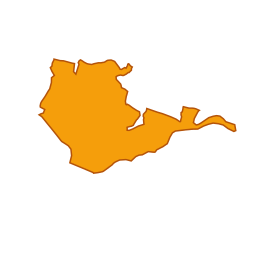 outline of Bany Abeed, Ad Daqahliyah, Egypt, rotated 27°
{"feature_id": "37247803B85878422276791", "entity_name": "Bany Abeed", "entity_type": "district", "adm_level": 2, "iso_a3": "EGY", "parent_name": "Egypt", "parent_adm1": "Ad Daqahliyah", "projection": "mercator", "projection_center": [31.692, 31.024], "detail": "fine", "context": "isolated", "style": "filled", "palette": "amber", "viewbox_px": 256, "rotation_deg": 27, "n_neighbors": 0, "source": "geoboundaries", "source_scale": "gbopen_adm2", "svg_char_len": 2776}
<svg xmlns="http://www.w3.org/2000/svg" viewBox="0 0 256 256"><g transform="rotate(27 128 128)"><path d="M225.2,81.4L221.6,76.6L212.3,78.0L208.8,76.5L204.5,75.7L201.3,76.8L198.5,78.9L195.3,82.1L191.0,90.0L189.2,92.8L187.4,94.3L183.8,93.5L183.5,92.1L183.2,91.0L182.8,89.5L182.9,82.3L183.2,80.5L183.5,79.9L179.7,80.1L177.9,80.5L176.1,81.2L173.3,82.6L167.6,83.9L167.6,84.3L168.3,86.1L169.0,89.0L168.3,90.1L169.3,92.2L170.7,93.7L171.1,95.5L171.4,97.0L171.8,98.0L171.5,98.8L170.7,98.8L166.8,98.3L161.1,98.6L152.2,99.6L146.9,100.6L144.7,100.9L136.6,102.0L135.9,102.1L136.3,103.4L136.6,104.9L136.2,106.3L135.5,108.8L136.2,110.6L137.6,111.7L138.0,113.5L140.5,117.4L139.4,118.6L136.5,121.4L132.6,126.8L130.1,129.6L128.3,130.4L126.9,127.8L128.3,126.4L130.5,124.6L131.2,123.5L131.5,123.2L131.5,122.5L131.5,121.7L131.9,116.7L132.3,116.0L133.0,111.3L130.9,108.4L129.8,108.4L127.7,108.4L122.7,107.9L118.8,107.2L116.4,107.2L115.9,108.0L114.9,107.5L114.6,106.8L113.5,105.3L112.1,100.6L111.8,98.8L111.4,97.0L111.1,95.6L110.6,95.5L107.6,94.8L103.9,95.0L102.6,93.3L101.5,92.2L95.5,90.0L94.1,87.8L94.8,86.4L95.9,85.3L97.3,84.2L99.5,83.6L100.2,83.2L102.0,80.7L103.0,78.5L103.7,78.2L104.8,75.0L104.1,73.5L104.1,71.7L103.1,71.7L101.3,71.3L100.2,70.6L99.2,70.6L98.8,71.3L99.2,72.4L99.1,75.6L97.7,75.6L96.7,77.0L95.6,78.8L94.2,79.2L92.7,78.1L86.0,74.8L84.9,74.8L82.1,75.1L79.3,76.8L78.6,77.6L78.2,78.3L77.1,80.1L76.7,80.4L75.7,81.1L74.3,82.2L72.1,83.3L68.6,86.1L66.8,87.9L63.9,88.9L62.2,89.3L59.3,89.3L56.1,88.9L54.7,88.9L54.0,90.3L54.0,92.4L55.4,93.5L57.1,103.7L53.9,102.5L53.6,101.5L51.1,94.9L48.7,95.6L40.1,97.4L36.9,98.8L30.8,100.2L31.1,100.9L31.1,104.5L32.1,107.4L31.4,109.5L34.6,112.1L38.5,114.6L37.4,117.1L37.0,117.9L39.1,122.2L40.5,128.7L40.2,130.9L39.8,137.7L39.0,143.5L39.0,145.6L39.7,148.2L40.4,149.2L45.4,149.3L45.8,153.1L45.6,153.3L43.9,155.0L42.8,156.6L44.3,156.8L45.0,156.9L45.7,156.9L48.9,158.3L53.1,160.2L60.6,163.5L69.4,167.5L73.6,169.5L75.1,170.1L79.3,170.5L82.9,170.9L86.8,172.8L90.3,178.2L91.8,184.6L92.0,185.4L103.7,184.5L117.2,183.5L117.8,183.9L121.5,181.4L124.0,179.4L125.2,178.4L125.4,178.1L126.2,176.8L130.6,168.0L131.1,166.0L132.2,163.9L132.9,163.1L133.4,162.4L135.1,160.3L140.5,157.1L142.5,156.6L145.8,155.9L147.9,150.0L150.1,147.2L152.9,145.4L153.3,144.8L153.8,144.1L155.4,141.8L156.7,139.9L159.7,138.7L160.1,138.6L162.5,137.6L163.2,136.9L163.4,134.7L163.5,134.4L164.3,133.3L165.9,131.0L167.5,128.9L167.7,128.5L169.6,125.0L170.1,124.2L169.6,118.0L169.5,117.5L169.8,112.1L170.4,111.2L171.6,109.2L179.5,103.9L179.9,103.6L183.1,101.6L184.6,100.6L185.9,99.8L190.4,97.4L190.7,97.2L193.8,92.9L194.3,92.1L196.9,89.3L197.7,88.4L198.1,88.0L201.6,85.0L206.7,83.1L211.5,82.1L217.4,83.1L217.9,83.1L223.9,83.0L225.2,81.4Z" fill="#f59e0b" stroke="#b45309" stroke-width="1.5"/></g></svg>